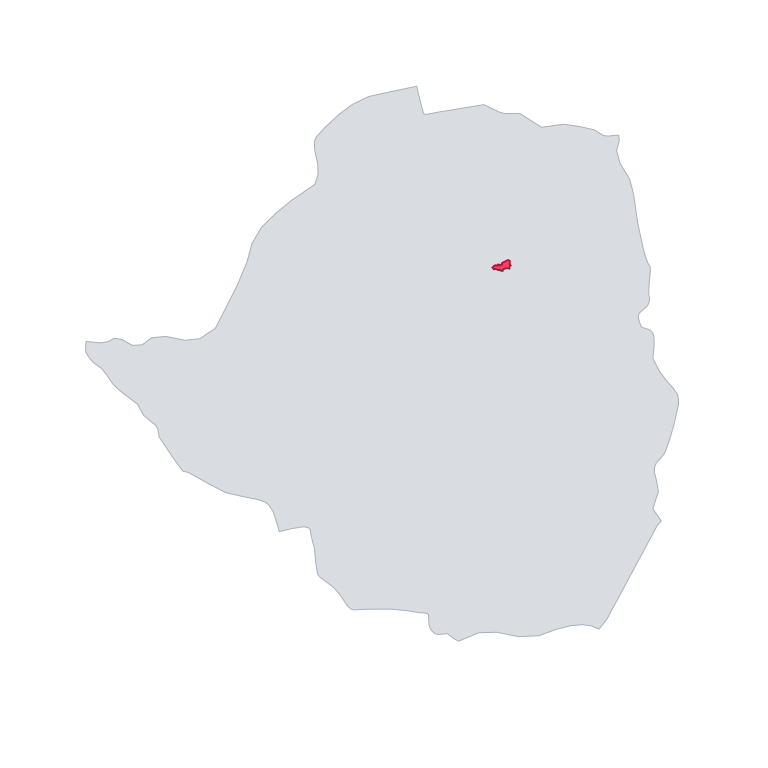 Harare Rural, Harare, Zimbabwe shown in context, rotated 348°
{"feature_id": "62879985B75244512710705", "entity_name": "Harare Rural", "entity_type": "district", "adm_level": 2, "iso_a3": "ZWE", "parent_name": "Zimbabwe", "parent_adm1": "Harare", "projection": "robinson", "projection_center": [31.007, -17.946], "detail": "fine", "context": "in_parent", "style": "filled", "palette": "rose", "viewbox_px": 768, "rotation_deg": 348, "n_neighbors": 0, "source": "geoboundaries", "source_scale": "gbopen_adm2", "svg_char_len": 3924}
<svg xmlns="http://www.w3.org/2000/svg" viewBox="0 0 768 768"><g transform="rotate(348 384 384)"><path d="M543.3,668.5L536.7,663.7L527.7,660.6L516.3,659.2L501.4,659.8L483.1,662.4L463.5,659.2L442.5,650.2L425.1,647.0L404.3,650.9L403.4,651.0L399.8,648.0L394.1,641.4L384.6,640.2L382.0,638.7L379.9,636.2L378.5,633.1L377.9,629.6L379.5,618.8L378.6,617.6L376.1,616.3L370.9,615.0L358.4,610.1L342.6,605.3L317.1,600.1L307.2,598.7L304.9,597.2L302.0,593.2L297.0,580.7L292.4,572.5L281.3,559.8L279.5,555.9L280.0,545.8L280.8,537.7L281.9,530.8L281.4,524.4L281.2,516.4L281.5,511.0L280.0,508.7L276.0,507.0L264.6,506.3L250.9,506.6L250.4,498.4L249.0,485.8L246.4,478.6L243.2,474.8L236.9,470.9L224.1,465.5L206.6,457.3L191.6,445.1L174.5,430.0L169.1,427.4L162.7,413.2L153.0,389.0L153.5,380.9L152.0,376.9L142.6,365.0L140.5,358.8L138.8,352.6L123.8,335.1L118.7,327.5L114.8,317.7L110.9,309.9L107.7,306.7L103.4,301.4L100.4,295.3L99.0,290.8L100.1,284.7L101.5,280.5L115.7,284.9L123.4,285.2L129.4,283.1L136.9,286.0L145.9,293.9L155.6,295.4L166.1,290.5L180.3,292.0L198.3,299.8L213.1,301.4L230.7,294.4L246.4,275.0L261.1,256.8L275.6,235.8L284.3,218.8L297.1,205.0L314.1,194.3L331.4,185.3L357.9,174.3L363.1,165.2L364.9,155.3L364.8,141.5L366.2,132.6L368.9,128.5L373.3,125.3L379.0,121.2L396.4,110.7L411.1,104.0L428.9,99.6L448.4,99.5L467.2,99.5L477.9,99.5L478.1,112.7L478.9,127.7L481.0,129.1L495.2,129.4L517.9,130.5L539.7,131.5L553.7,142.3L558.4,144.6L572.9,147.5L591.4,165.6L613.7,167.3L629.0,172.9L642.5,179.1L650.3,186.6L655.3,188.2L662.1,188.8L665.4,189.5L664.7,194.8L660.1,203.9L660.7,216.9L666.9,234.9L667.6,250.5L665.7,278.2L665.7,304.9L666.3,314.4L667.3,320.8L668.6,324.2L668.3,328.2L664.6,339.4L661.6,351.2L661.5,355.9L660.3,359.2L658.1,362.2L648.4,367.7L646.7,371.0L646.7,377.1L648.0,382.3L651.6,384.1L656.0,387.1L657.7,390.9L657.7,394.9L656.3,402.4L652.3,414.8L656.2,429.1L660.5,438.4L666.5,449.1L669.0,455.7L668.8,460.4L667.9,465.0L658.9,484.6L652.4,496.7L644.4,509.8L634.0,517.9L631.2,521.8L630.2,526.3L630.5,536.1L630.0,546.3L621.0,562.0L626.6,575.5L625.3,576.7L622.3,578.7L609.4,593.9L596.4,609.3L586.9,620.5L576.1,633.3L563.9,647.6L553.6,659.9L543.3,668.5Z" fill="#d9dde1" stroke="#a8b0b8" stroke-width="1"/><path d="M526.5,296.2L527.1,296.2L527.2,296.4L527.3,296.5L527.5,296.5L527.9,296.5L528.1,296.5L528.5,296.5L528.8,296.6L529.0,296.6L529.5,296.8L529.9,296.8L530.3,297.1L530.7,297.4L530.8,297.2L530.6,296.9L530.8,296.4L530.9,296.1L531.1,295.8L531.2,295.6L531.4,295.4L531.5,295.1L531.7,294.8L532.7,294.5L532.2,293.7L532.4,293.7L532.3,293.4L532.3,291.9L532.8,289.9L532.8,289.7L531.5,288.5L531.4,288.5L531.2,288.5L530.9,288.8L530.3,288.5L527.2,289.4L527.2,289.5L527.0,289.4L524.5,290.1L524.4,290.2L524.7,291.3L522.8,292.2L522.5,291.7L522.3,291.3L522.2,291.2L521.8,291.1L521.7,291.4L521.3,291.1L520.9,291.8L520.3,291.7L520.0,291.4L519.9,291.3L519.9,291.2L519.8,291.3L519.7,291.4L519.6,291.7L519.5,291.8L519.4,291.8L519.4,291.7L519.0,291.4L518.7,291.2L518.4,291.0L518.1,291.0L517.6,291.0L517.5,290.9L517.2,291.0L516.9,290.9L514.1,292.5L514.2,292.8L514.3,293.0L514.5,293.3L514.6,293.6L514.7,293.8L514.9,293.9L515.2,294.3L515.3,294.3L515.6,294.1L515.7,294.3L515.4,294.6L515.3,294.8L515.5,294.9L515.7,294.7L515.9,294.5L516.3,294.5L516.7,294.5L516.8,294.7L517.1,294.9L517.2,295.0L517.5,295.1L517.7,295.3L518.1,295.5L518.5,295.5L518.5,295.8L518.8,296.0L519.1,296.0L519.3,296.0L519.5,296.1L519.5,296.3L519.8,296.3L520.0,296.4L520.1,296.2L520.5,296.1L520.7,296.4L520.8,296.5L520.7,296.7L520.8,296.7L520.9,296.9L521.1,297.0L521.3,296.9L521.4,296.7L521.5,296.8L521.5,297.2L521.9,297.6L522.0,297.7L522.3,297.7L522.4,297.9L522.7,297.9L522.8,297.7L523.1,298.0L523.6,298.2L523.9,298.1L523.9,297.9L523.9,297.7L524.0,297.4L524.1,297.2L524.2,296.8L524.3,296.8L524.5,296.8L524.7,296.6L524.8,296.7L525.0,296.7L525.3,296.6L525.5,296.6L525.7,296.4L525.8,296.3L526.0,296.3L526.2,296.1L526.4,296.1L526.5,296.2Z" fill="#f43f5e" stroke="#9f1239" stroke-width="1.5"/></g></svg>